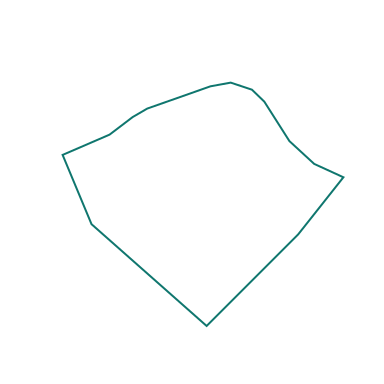 an SVG outline of Maputo, rotated 203°
{"feature_id": "MOZ-5854", "entity_name": "Maputo", "entity_type": "Province", "adm_level": 1, "iso_a3": "MOZ", "parent_name": "Mozambique", "parent_adm1": "", "projection": "natural_earth1", "projection_center": [32.591, -25.918], "detail": "fine", "context": "isolated", "style": "outline", "palette": "teal", "viewbox_px": 384, "rotation_deg": 203, "n_neighbors": 0, "source": "natural_earth", "source_scale": "10m", "svg_char_len": 342}
<svg xmlns="http://www.w3.org/2000/svg" viewBox="0 0 384 384"><g transform="rotate(203 192 192)"><path d="M325.6,175.6L290.3,212.6L275.9,237.8L265.8,251.3L216.3,296.5L199.1,307.8L176.8,309.6L160.7,303.4L122.2,276.9L90.5,265.6L58.4,264.7L77.7,194.5L126.2,74.4L271.9,123.1L325.6,175.6Z" fill="none" stroke="#0f766e" stroke-width="2"/></g></svg>